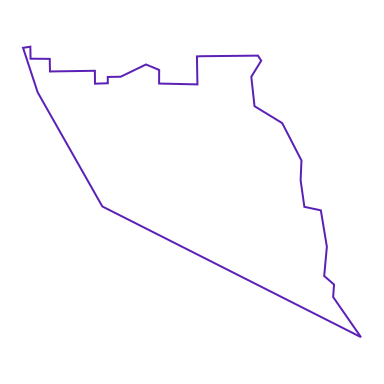 Storey, Nevada, United States of America, rotated 89°
{"feature_id": "52423323B43012688186735", "entity_name": "Storey", "entity_type": "district", "adm_level": 2, "iso_a3": "USA", "parent_name": "United States of America", "parent_adm1": "Nevada", "projection": "orthographic", "projection_center": [-119.576, 39.439], "detail": "fine", "context": "isolated", "style": "outline", "palette": "violet", "viewbox_px": 384, "rotation_deg": 89, "n_neighbors": 0, "source": "geoboundaries", "source_scale": "gbopen_adm2", "svg_char_len": 554}
<svg xmlns="http://www.w3.org/2000/svg" viewBox="0 0 384 384"><g transform="rotate(89 192 192)"><path d="M337.5,30.5L340.1,25.6L299.5,52.7L287.0,51.6L278.3,61.3L249.1,58.1L212.6,63.5L208.8,79.9L182.2,83.2L162.4,82.0L124.7,100.6L107.3,128.0L77.8,130.7L61.9,120.5L56.8,123.7L56.4,180.2L56.5,184.7L84.5,184.7L83.0,223.0L69.4,222.7L63.7,235.8L75.5,261.3L75.5,274.2L81.8,274.3L82.0,287.1L69.1,287.0L69.0,331.9L56.4,331.9L55.9,351.1L43.9,351.1L44.9,358.4L89.6,344.6L151.2,311.1L204.9,281.9L337.5,30.5Z" fill="none" stroke="#5b21b6" stroke-width="2"/></g></svg>